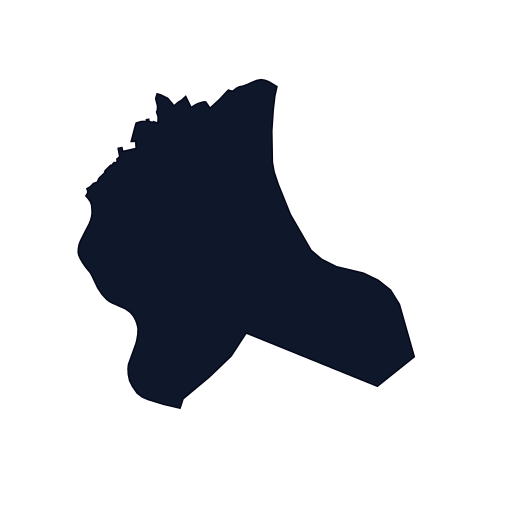 Hai An, Vietnam, rotated 18°
{"feature_id": "81297802B19362557849536", "entity_name": "Hai An", "entity_type": "district", "adm_level": 2, "iso_a3": "VNM", "parent_name": "Vietnam", "parent_adm1": "", "projection": "natural_earth1", "projection_center": [106.726, 20.827], "detail": "fine", "context": "isolated", "style": "filled", "palette": "ink", "viewbox_px": 512, "rotation_deg": 18, "n_neighbors": 0, "source": "geoboundaries", "source_scale": "gbopen_adm2", "svg_char_len": 2503}
<svg xmlns="http://www.w3.org/2000/svg" viewBox="0 0 512 512"><g transform="rotate(18 256 256)"><path d="M437.7,302.9L407.3,257.6L400.9,252.2L394.5,246.8L379.7,241.3L363.6,239.1L335.7,241.3L319.4,238.8L306.6,233.5L275.8,205.8L264.3,192.0L255.6,181.7L247.4,170.7L242.6,161.7L232.4,132.1L227.4,112.3L224.5,98.0L223.6,88.4L214.5,86.3L210.2,86.1L206.3,86.7L202.4,88.8L197.6,92.9L195.2,95.2L191.1,98.5L190.1,99.0L187.9,100.2L185.6,102.4L184.0,104.9L183.0,106.3L181.2,106.7L178.4,106.7L172.8,118.6L166.6,129.6L160.7,125.1L159.9,125.1L158.0,125.9L156.0,127.3L153.6,129.0L151.3,131.3L148.4,134.8L139.8,125.9L136.9,131.1L135.2,132.9L134.5,133.8L133.8,134.9L133.0,136.3L131.6,138.5L130.6,137.9L129.2,136.9L128.8,136.6L127.9,136.1L123.9,133.6L123.3,133.3L122.4,133.1L121.3,133.0L117.9,132.5L116.1,132.2L113.6,132.2L111.8,132.3L111.9,137.0L112.5,138.3L114.8,141.9L116.1,144.1L116.5,145.5L116.8,146.8L117.1,148.2L117.1,148.9L116.9,149.3L116.9,149.5L116.9,149.8L119.7,153.6L119.9,153.9L119.9,154.1L120.5,155.8L120.7,156.5L121.5,159.7L121.5,159.9L116.8,159.9L116.7,161.0L112.8,161.0L112.6,161.0L112.5,160.8L111.7,159.1L109.6,160.2L110.2,161.8L106.5,163.1L105.6,163.5L105.2,163.6L102.4,165.5L101.5,166.1L101.0,166.5L100.9,167.0L101.1,172.8L101.1,173.0L101.2,173.9L101.9,185.7L106.2,184.1L108.2,189.4L108.8,190.7L97.0,197.7L95.0,194.3L92.6,195.6L91.6,196.2L95.7,203.7L93.7,206.8L94.3,207.9L94.5,208.6L94.5,209.5L93.3,211.3L92.1,210.9L90.6,214.7L89.7,214.6L86.4,220.9L86.0,222.2L87.0,222.9L86.5,223.4L83.8,228.4L83.2,229.4L82.5,231.3L82.4,233.5L82.2,234.8L79.0,237.2L78.6,238.0L77.0,241.3L76.6,241.8L75.0,243.5L74.3,244.3L75.3,245.5L75.6,245.9L75.7,246.0L75.8,246.2L76.1,246.6L76.2,247.2L76.3,247.8L76.3,248.4L76.1,249.6L75.6,251.5L77.2,252.3L79.4,253.8L81.9,255.7L84.0,258.6L85.7,262.7L86.9,266.1L87.5,269.7L87.6,272.1L87.7,273.2L87.4,277.2L86.2,284.0L84.4,295.7L84.2,300.0L84.8,304.0L85.7,307.4L87.2,310.0L89.6,312.7L93.3,316.0L97.6,319.3L103.6,323.1L106.6,326.0L115.3,335.2L121.2,339.9L127.4,343.4L130.5,344.5L134.1,345.2L137.2,345.4L141.0,345.9L144.5,346.2L147.6,346.5L149.8,347.1L152.6,348.0L154.3,348.7L156.1,349.8L158.2,351.2L161.2,354.0L163.2,356.5L165.6,360.2L166.4,362.0L167.8,367.0L168.7,373.2L168.9,376.6L168.2,398.5L169.1,402.7L171.1,408.0L174.3,413.6L178.8,418.2L185.4,423.2L191.4,425.3L197.9,425.9L209.5,425.7L214.2,425.6L215.8,425.5L218.9,425.2L230.8,424.2L230.8,414.4L249.0,385.5L263.3,358.8L269.9,334.4L270.5,332.3L411.7,342.4L437.7,302.9Z" fill="#0f172a" stroke="#020617" stroke-width="1.5"/></g></svg>